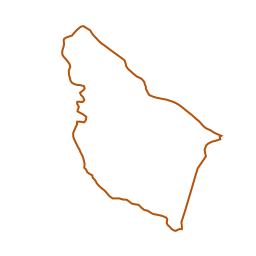 outline of Bacurituba, Maranhão, Brazil, rotated 290°
{"feature_id": "56859067B48113685319098", "entity_name": "Bacurituba", "entity_type": "district", "adm_level": 2, "iso_a3": "BRA", "parent_name": "Brazil", "parent_adm1": "Maranhão", "projection": "equal_earth", "projection_center": [-44.686, -2.691], "detail": "fine", "context": "isolated", "style": "outline", "palette": "amber", "viewbox_px": 256, "rotation_deg": 290, "n_neighbors": 0, "source": "geoboundaries", "source_scale": "gbopen_adm2", "svg_char_len": 2076}
<svg xmlns="http://www.w3.org/2000/svg" viewBox="0 0 256 256"><g transform="rotate(290 128 128)"><path d="M116.5,78.0L113.9,78.9L111.4,78.6L107.7,78.3L104.6,78.2L101.2,79.5L99.0,81.3L97.1,83.2L95.5,84.9L93.6,86.8L91.2,89.7L89.0,91.6L86.4,94.6L84.3,96.3L79.5,99.5L75.7,100.5L74.5,103.0L72.6,104.7L71.7,107.8L71.3,110.6L69.2,111.9L67.6,115.1L65.2,117.8L63.4,121.2L62.2,124.2L61.4,127.0L59.7,130.2L57.6,133.9L56.6,137.6L58.1,141.7L58.9,144.1L59.0,147.2L60.1,151.6L59.2,154.6L58.3,157.4L58.6,159.9L59.4,164.3L57.8,167.6L56.5,171.4L57.0,174.4L56.5,177.3L55.9,179.6L55.9,181.9L56.4,184.7L56.8,187.4L57.1,190.6L56.9,194.4L55.8,196.1L51.9,196.9L50.4,198.5L49.4,201.0L48.1,203.3L47.5,205.6L47.6,207.9L50.6,210.9L51.4,213.2L53.9,212.4L57.7,210.4L71.0,209.9L100.3,208.1L102.8,207.9L113.9,207.3L128.0,210.9L130.8,209.1L133.9,207.4L138.5,207.5L141.0,208.8L144.2,212.0L145.9,214.6L149.0,218.6L151.0,217.2L152.6,218.4L152.9,212.4L153.2,209.8L154.0,206.8L154.3,203.2L154.6,200.7L155.8,197.7L157.3,195.1L158.6,192.5L160.1,188.4L161.9,183.9L162.7,181.5L163.9,177.9L166.2,171.3L167.4,166.9L167.9,163.4L168.0,159.3L167.8,154.4L167.3,151.5L166.4,145.8L166.0,141.8L166.2,136.8L168.6,133.9L170.8,131.5L172.5,130.9L175.2,128.6L177.0,127.3L178.8,124.1L179.2,121.4L179.4,118.7L180.4,115.8L181.6,112.6L182.5,110.5L183.4,108.1L185.2,105.4L187.6,103.8L190.5,101.5L191.4,98.4L192.6,94.3L193.5,91.3L194.7,87.0L195.8,83.2L197.6,77.3L198.6,73.5L199.9,70.6L203.7,63.1L205.4,60.8L206.9,59.0L207.6,55.3L208.5,51.4L207.1,49.0L204.6,47.6L203.0,46.6L201.4,45.9L199.0,44.9L195.6,43.7L193.8,41.3L191.7,38.8L189.6,37.4L187.9,37.8L185.3,39.1L183.1,39.6L178.4,39.8L176.8,40.3L174.9,40.9L173.1,42.9L171.6,45.7L170.2,48.2L168.1,51.2L165.9,52.8L161.9,52.7L158.3,54.1L156.7,55.2L152.6,58.0L151.3,60.0L150.9,62.5L151.1,65.4L152.0,68.9L152.3,72.2L150.5,73.7L148.4,73.2L144.7,70.9L143.0,72.4L141.7,75.2L139.3,77.4L136.8,76.4L136.1,73.4L135.3,71.4L133.5,71.8L131.0,74.6L128.5,74.5L126.3,74.9L125.5,81.0L124.2,85.0L122.1,85.5L120.2,85.6L118.2,84.7L117.6,80.9L116.5,78.0Z" fill="none" stroke="#b45309" stroke-width="2"/></g></svg>